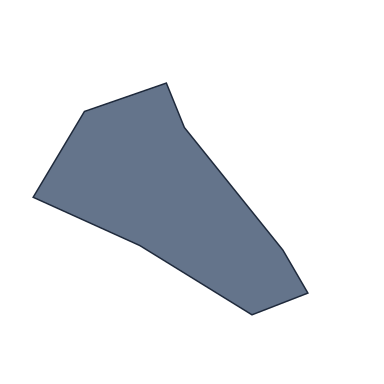 the district of Winchester, Virginia, United States of America, rotated 292°
{"feature_id": "52423323B17737032882044", "entity_name": "Winchester", "entity_type": "district", "adm_level": 2, "iso_a3": "USA", "parent_name": "United States of America", "parent_adm1": "Virginia", "projection": "albers", "projection_center": [-78.173, 39.168], "detail": "fine", "context": "isolated", "style": "filled", "palette": "slate", "viewbox_px": 384, "rotation_deg": 292, "n_neighbors": 0, "source": "geoboundaries", "source_scale": "gbopen_adm2", "svg_char_len": 277}
<svg xmlns="http://www.w3.org/2000/svg" viewBox="0 0 384 384"><g transform="rotate(292 192 192)"><path d="M122.8,163.6L100.6,293.6L141.7,337.3L172.2,298.0L248.9,160.8L283.4,127.4L226.4,62.1L127.6,46.7L122.8,163.6Z" fill="#64748b" stroke="#1e293b" stroke-width="1.5"/></g></svg>